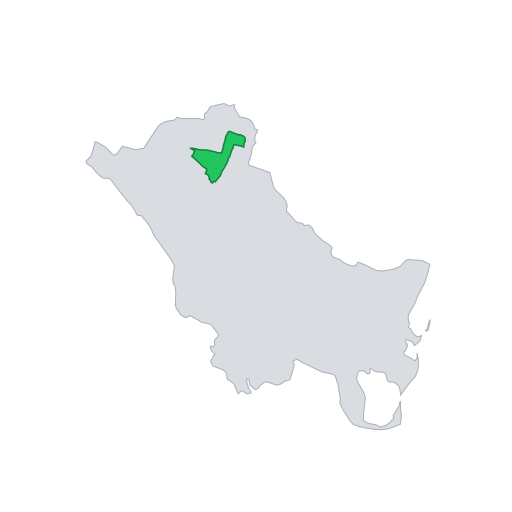 Turkmengala, Mary, Turkmenistan shown in context, rotated 199°
{"feature_id": "10190150B49648436133803", "entity_name": "Turkmengala", "entity_type": "district", "adm_level": 2, "iso_a3": "TKM", "parent_name": "Turkmenistan", "parent_adm1": "Mary", "projection": "albers", "projection_center": [62.147, 36.684], "detail": "fine", "context": "in_parent", "style": "filled", "palette": "green", "viewbox_px": 512, "rotation_deg": 199, "n_neighbors": 0, "source": "geoboundaries", "source_scale": "gbopen_adm2", "svg_char_len": 4971}
<svg xmlns="http://www.w3.org/2000/svg" viewBox="0 0 512 512"><g transform="rotate(199 256 256)"><path d="M156.1,167.9L177.4,170.4L183.9,171.7L186.7,168.7L186.6,168.0L185.7,167.3L184.2,165.0L183.6,150.6L185.5,148.6L187.7,147.2L191.0,142.9L192.7,141.6L195.2,140.5L203.3,140.6L206.7,139.9L209.8,134.9L210.6,131.9L212.9,129.6L214.1,129.7L219.5,132.0L220.6,133.1L222.3,136.9L224.4,136.7L224.7,136.1L224.5,135.3L223.0,132.9L219.8,128.5L216.5,125.7L216.3,124.8L219.2,122.8L224.9,123.9L226.4,123.3L228.0,119.9L235.3,127.9L236.7,128.7L242.7,129.9L243.7,131.0L245.6,135.5L247.7,136.7L250.2,137.6L261.0,138.0L264.3,141.1L264.8,141.8L264.1,143.9L263.8,147.9L262.9,149.5L263.4,150.2L267.3,151.9L269.5,154.6L269.7,155.7L269.0,156.4L267.2,156.0L266.3,157.1L266.3,159.2L267.5,161.2L267.8,163.0L265.9,167.2L265.8,168.9L266.4,169.9L276.1,176.4L277.7,176.6L287.2,175.6L288.9,176.4L297.2,177.9L299.6,177.7L301.1,175.7L302.7,174.9L304.1,174.8L308.0,176.1L312.2,178.9L315.0,181.4L316.3,183.6L320.1,195.9L322.7,201.0L325.6,203.6L327.7,208.4L329.6,218.9L330.7,221.1L335.3,225.2L359.0,242.1L366.2,249.7L377.4,256.8L381.5,255.9L390.3,263.6L395.9,266.4L403.2,270.9L418.5,281.1L421.7,281.4L425.3,279.8L428.5,280.5L434.3,283.1L440.5,286.9L445.7,288.1L447.3,289.9L447.4,290.8L444.7,296.2L444.6,302.8L445.3,311.7L443.9,311.9L433.5,309.9L423.6,304.8L421.4,306.6L420.3,308.5L418.1,316.3L404.9,317.2L397.3,321.2L390.8,346.5L389.3,349.6L385.0,353.8L377.5,358.0L376.4,359.6L376.1,361.1L375.2,361.6L371.0,361.7L354.9,367.4L351.3,367.5L349.9,367.9L349.3,368.9L351.1,373.9L349.7,375.3L348.7,377.8L347.9,382.2L337.3,389.0L335.0,389.8L330.7,389.2L328.5,389.9L326.2,392.1L325.2,391.4L324.6,389.3L323.5,387.8L316.8,382.4L309.1,383.2L306.3,382.7L304.0,381.8L300.5,378.7L298.3,375.7L295.9,376.0L295.3,374.6L295.2,372.9L295.9,370.9L295.7,367.2L294.4,364.4L292.9,363.3L294.7,358.9L294.7,355.7L293.7,352.1L293.3,347.0L293.6,342.1L292.2,339.5L270.0,339.4L262.3,327.6L259.1,324.8L248.2,319.6L245.3,316.9L242.9,313.9L242.3,310.0L241.2,307.6L239.5,307.2L231.1,302.3L227.7,301.0L223.0,302.0L220.2,300.6L216.9,302.2L215.5,302.3L212.1,301.0L207.9,296.7L204.4,294.9L196.9,291.9L191.6,290.8L187.0,289.0L186.6,288.3L186.6,284.8L186.0,283.3L184.8,281.5L183.0,280.1L175.0,279.8L171.4,278.3L168.4,277.9L162.0,277.7L159.9,278.6L158.6,279.6L157.7,283.0L157.0,283.5L150.7,283.2L137.6,281.5L131.9,282.9L123.0,287.5L117.8,291.6L116.2,293.4L112.7,301.0L111.3,302.1L109.5,302.8L107.8,302.9L99.7,305.3L96.6,305.8L88.8,304.7L87.9,293.0L88.0,283.8L90.0,271.2L90.3,263.0L92.6,250.7L92.4,247.7L88.9,241.9L88.7,238.1L86.3,237.6L82.7,234.1L79.0,232.5L77.1,232.3L75.3,233.0L73.8,234.7L73.2,231.8L73.5,228.7L77.1,222.8L78.9,224.8L81.1,225.7L87.0,225.9L86.6,223.7L83.8,221.2L83.5,218.4L83.9,215.4L85.0,212.7L84.2,211.6L82.9,210.7L79.7,210.5L71.6,208.7L70.4,211.9L72.2,216.4L68.9,211.1L66.9,205.9L65.8,199.9L66.2,193.5L70.3,183.7L74.0,171.5L76.6,177.0L78.7,179.5L83.6,181.5L86.1,181.3L88.8,180.2L91.3,180.9L94.9,186.6L97.7,187.5L103.7,185.9L106.6,185.7L109.0,186.8L111.5,187.1L110.6,184.4L110.3,181.9L111.9,180.8L116.5,182.5L120.3,181.4L121.0,180.8L121.5,178.7L121.3,174.4L120.6,172.5L118.7,169.8L110.9,163.1L108.4,160.5L106.3,157.2L103.6,144.6L101.5,136.5L100.4,135.4L95.7,134.3L86.6,135.5L83.4,134.7L81.9,135.4L77.9,138.4L75.9,141.1L72.9,147.3L74.5,149.6L72.0,160.4L72.4,165.2L72.1,165.5L69.9,159.4L66.8,153.2L64.6,144.1L70.6,138.8L75.6,135.2L80.7,132.6L86.1,131.0L97.8,128.8L104.3,128.2L109.4,128.5L113.3,130.7L123.4,138.7L127.8,143.1L129.0,144.8L130.0,148.8L137.0,161.8L138.7,163.7L141.5,167.9L144.4,169.3L156.1,167.9ZM71.0,251.0L70.6,252.6L69.5,247.5L69.3,241.9L70.4,240.4L71.5,240.6L70.3,242.5L71.0,251.0Z" fill="#d9dde1" stroke="#a8b0b8" stroke-width="1"/><path d="M322.3,311.1L322.1,311.0L322.1,310.9L321.1,310.9L320.9,310.9L320.3,312.2L320.0,313.0L318.8,312.9L318.7,312.9L318.3,314.0L316.0,319.9L315.9,320.1L315.8,324.8L315.7,325.0L314.9,328.1L314.3,331.4L313.8,334.4L313.6,337.3L313.7,337.8L314.0,339.3L313.2,340.5L313.3,344.8L313.3,349.3L312.9,349.7L313.2,354.3L312.4,354.3L309.6,354.6L308.3,354.8L305.7,355.1L304.9,355.1L303.7,354.9L303.2,354.9L303.5,357.3L303.7,357.7L303.9,358.1L303.6,361.5L304.5,363.3L305.2,364.6L306.4,364.6L307.1,365.2L307.2,365.3L307.7,365.3L308.1,365.4L311.0,365.5L311.3,365.0L311.4,364.9L322.0,365.2L322.2,364.9L322.8,363.7L322.8,362.4L323.0,361.8L323.0,361.0L323.4,360.3L323.4,357.9L323.3,357.5L322.9,357.1L323.0,353.4L322.9,352.8L322.8,352.5L322.8,352.1L322.8,349.8L322.6,349.3L322.4,348.9L322.4,347.4L322.4,345.9L322.1,345.1L322.0,344.7L322.2,342.7L322.2,342.0L324.0,341.7L325.0,341.4L326.1,341.0L327.2,341.2L328.7,341.1L335.4,340.4L337.2,340.1L343.2,338.2L348.4,337.6L351.0,337.2L351.8,337.1L352.7,336.5L347.9,335.5L348.5,334.2L348.3,332.8L348.5,331.9L348.6,331.3L349.1,330.2L348.9,329.1L346.8,328.6L344.8,327.6L340.6,325.8L338.5,324.9L336.3,323.6L330.7,322.0L330.6,317.3L328.2,317.3L325.5,314.7L325.4,313.4L324.7,313.4L322.4,311.3L322.3,311.1Z" fill="#22c55e" stroke="#15803d" stroke-width="1.5"/></g></svg>